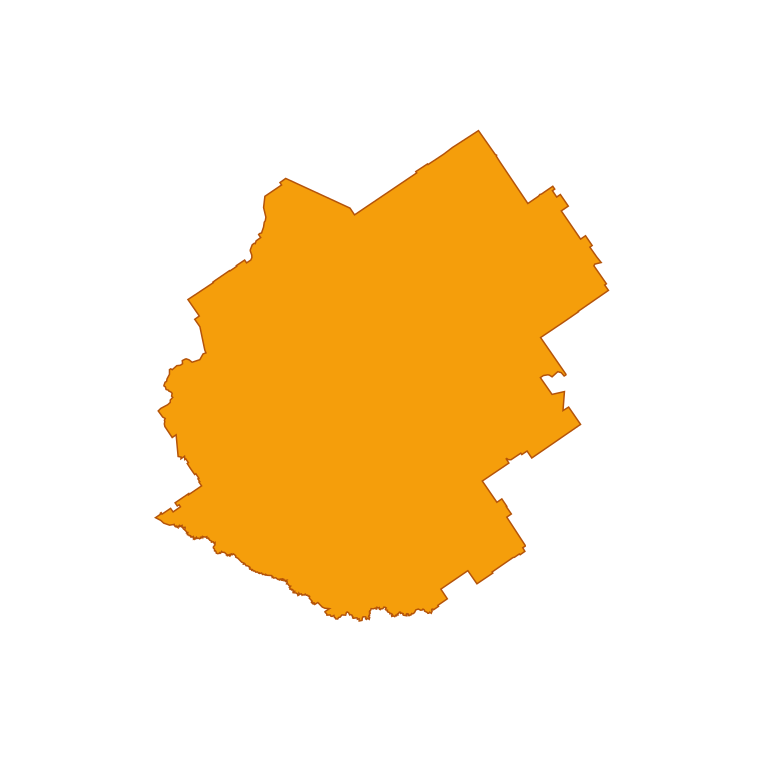 outline of Temora, New South Wales, Australia, rotated 137°
{"feature_id": "25037944B57482962875901", "entity_name": "Temora", "entity_type": "district", "adm_level": 2, "iso_a3": "AUS", "parent_name": "Australia", "parent_adm1": "New South Wales", "projection": "mercator", "projection_center": [147.72, -34.383], "detail": "fine", "context": "isolated", "style": "filled", "palette": "amber", "viewbox_px": 768, "rotation_deg": 137, "n_neighbors": 0, "source": "geoboundaries", "source_scale": "gbopen_adm2", "svg_char_len": 6171}
<svg xmlns="http://www.w3.org/2000/svg" viewBox="0 0 768 768"><g transform="rotate(137 384 384)"><path d="M141.8,331.6L140.1,343.7L137.3,343.3L135.5,355.0L141.4,355.9L136.3,389.7L127.9,388.4L125.8,402.3L130.2,403.0L129.0,410.5L126.2,410.1L125.7,413.5L139.6,415.6L140.6,416.3L143.0,416.0L155.7,417.9L147.8,467.1L146.5,474.1L145.6,474.5L146.1,476.2L142.1,504.9L172.6,510.3L183.7,511.4L202.2,514.5L202.1,515.3L215.9,517.7L216.1,516.1L290.2,527.8L288.9,535.8L315.7,601.4L322.7,602.3L323.2,599.4L343.1,602.5L351.7,595.2L356.6,586.6L359.4,584.4L361.2,584.0L365.1,580.9L370.5,578.0L372.5,578.9L373.8,578.8L374.3,575.2L379.9,575.9L382.4,574.5L382.9,575.4L385.4,575.7L390.1,573.4L391.0,572.6L392.8,568.4L394.5,566.5L396.9,565.5L401.9,566.3L401.4,569.7L411.3,571.3L411.5,570.5L419.7,571.8L419.7,572.3L436.2,574.8L439.6,575.2L439.7,574.5L469.8,579.5L472.7,559.7L478.3,560.4L479.6,551.4L491.9,531.1L493.0,528.2L495.8,529.4L502.1,527.4L509.5,530.8L510.1,534.7L511.5,537.3L512.4,537.8L515.6,538.7L517.5,536.2L520.2,536.6L523.0,538.7L529.1,538.9L529.6,540.5L531.1,540.8L534.3,537.4L539.2,535.7L541.3,534.2L542.9,534.6L546.0,533.0L546.3,532.3L545.8,531.1L547.1,528.6L545.9,526.5L546.2,525.6L545.3,523.5L545.3,521.7L547.6,520.0L547.6,518.3L551.3,518.0L552.9,516.3L556.4,516.4L563.9,518.4L567.5,518.3L568.4,510.8L567.5,508.0L569.3,507.3L570.0,506.0L571.9,504.6L573.3,502.3L575.4,489.3L570.7,488.6L584.0,471.4L582.2,469.0L583.5,467.8L579.2,467.2L581.2,464.6L580.0,464.4L580.7,459.9L582.1,460.1L583.2,454.2L584.2,446.9L582.8,446.7L583.7,441.3L584.8,441.5L585.3,438.3L586.2,438.5L586.9,433.9L602.4,436.3L601.7,437.1L617.8,439.6L618.4,435.8L616.2,435.4L616.6,433.0L625.5,434.3L624.9,438.6L635.0,440.2L634.7,441.9L635.7,442.0L635.8,441.1L642.3,442.1L640.3,436.5L640.0,432.5L637.1,427.0L633.2,424.4L633.8,423.6L633.9,422.0L632.9,422.0L633.2,421.1L632.6,419.3L631.7,420.4L631.1,419.8L630.0,420.2L629.8,419.7L630.5,419.0L629.7,418.8L629.6,418.0L628.6,418.5L628.1,418.3L629.1,417.2L629.4,415.3L628.3,415.8L627.2,414.8L628.5,413.7L629.3,413.7L629.2,410.3L629.9,409.8L628.9,409.1L629.8,408.6L629.5,407.9L630.1,408.5L630.5,407.9L629.7,406.4L629.9,405.9L629.0,405.1L629.9,403.4L629.0,404.0L628.9,403.0L627.5,402.5L629.1,400.5L628.0,400.3L628.3,399.5L627.6,399.4L627.1,400.0L626.8,399.2L625.7,399.8L625.8,398.4L624.5,397.4L624.6,396.7L623.1,396.1L622.6,396.9L622.1,396.2L621.0,396.4L621.3,395.2L620.4,395.7L619.0,393.8L617.7,393.2L618.7,392.1L617.5,391.0L618.0,390.4L617.7,389.8L618.0,388.6L617.3,386.6L618.0,386.0L616.4,384.8L616.9,383.3L615.8,383.2L617.4,381.6L619.9,381.2L620.6,380.5L620.5,379.1L621.7,377.5L621.1,377.1L621.2,376.0L622.0,374.7L621.4,373.4L619.9,372.4L619.2,372.7L618.9,371.7L617.0,372.3L617.0,371.3L615.5,369.6L615.3,366.9L615.8,366.4L615.2,365.9L616.1,364.9L614.7,365.4L614.1,363.2L613.2,363.5L613.3,364.6L611.3,363.7L611.9,363.1L611.5,362.6L609.9,362.3L609.6,359.6L610.5,358.6L609.7,356.2L609.6,350.7L608.6,348.6L609.6,348.1L608.4,347.3L608.8,345.1L607.9,344.3L607.1,341.8L607.8,341.4L607.4,340.8L608.4,340.2L607.5,339.0L607.8,338.1L606.8,337.9L607.1,336.4L606.1,335.5L606.1,333.8L604.7,332.7L604.7,331.2L604.0,330.9L604.2,330.3L602.4,329.2L602.8,327.6L602.1,327.3L600.9,325.0L600.3,325.4L600.0,323.9L596.8,320.5L597.6,318.9L596.2,318.9L597.1,318.5L597.1,317.4L595.3,316.1L594.9,313.5L593.8,312.7L594.2,312.0L593.3,311.5L592.4,311.8L591.9,311.2L592.6,310.2L592.1,309.6L591.0,310.5L590.4,309.3L591.2,308.3L589.4,307.1L590.6,307.1L590.5,306.2L589.5,305.9L590.2,304.7L591.5,304.3L590.7,303.2L591.0,301.0L590.2,299.8L592.0,299.7L591.9,298.8L592.7,298.1L591.5,296.9L592.0,296.4L591.2,295.9L591.1,295.3L591.7,294.5L590.9,293.5L592.5,293.8L592.8,293.4L590.8,291.1L590.4,289.6L591.2,288.0L589.9,287.7L588.9,288.9L588.9,287.6L587.6,286.9L588.0,285.4L587.2,285.3L586.3,284.1L584.9,284.1L585.0,282.6L583.9,281.6L584.1,280.5L583.2,279.7L583.4,279.1L584.7,278.4L584.7,274.1L585.9,274.0L586.0,271.9L585.5,271.1L584.9,272.1L584.3,271.4L584.9,270.0L581.4,269.3L581.3,263.0L580.2,260.4L577.1,256.9L582.4,257.8L582.8,257.0L582.6,255.2L583.4,253.9L580.9,251.8L581.2,250.4L580.5,249.4L578.5,248.9L579.5,247.0L579.0,246.4L579.5,245.1L578.1,243.7L576.5,244.2L575.1,243.4L572.3,243.8L569.7,241.1L567.4,242.5L566.4,242.4L565.9,240.8L566.6,238.5L565.6,238.1L565.1,236.7L565.6,235.9L565.4,235.2L566.4,234.4L566.3,233.7L563.4,231.6L563.2,231.0L563.9,230.1L562.3,229.3L563.8,227.6L561.3,226.1L559.3,227.7L558.0,228.0L556.2,226.2L556.5,225.4L557.6,224.9L557.4,223.8L555.7,223.7L555.3,222.0L553.6,223.1L553.9,224.3L553.0,224.9L552.4,224.6L551.5,225.8L550.6,225.7L550.0,226.5L550.2,227.2L549.1,227.8L548.6,227.4L546.6,228.5L545.3,227.0L542.9,225.8L543.3,224.8L542.8,224.4L541.4,225.5L540.8,224.0L539.9,223.7L541.0,222.3L540.5,221.5L540.0,221.9L538.1,220.5L536.2,220.9L535.3,219.7L535.1,218.7L536.6,218.4L536.7,217.4L535.8,216.2L536.6,215.6L536.7,214.7L535.7,212.9L536.4,211.8L535.3,211.2L535.0,209.8L536.2,209.7L536.8,208.7L535.4,208.1L534.8,206.5L532.8,206.8L532.8,205.9L531.6,206.2L531.2,205.7L530.9,206.6L529.7,206.3L528.3,206.7L527.6,205.9L528.3,204.9L527.3,204.4L526.6,203.0L527.5,202.4L527.4,201.6L525.4,198.9L524.9,199.3L524.7,200.5L523.9,200.5L523.1,199.4L523.9,197.8L523.2,197.2L522.3,197.3L521.9,196.7L520.3,197.3L519.8,196.3L517.7,196.0L514.7,197.1L512.4,196.0L511.5,193.6L510.1,192.6L509.0,192.8L508.6,191.5L509.2,190.2L508.2,187.5L508.3,186.4L507.6,185.8L506.2,186.0L505.8,184.1L503.5,185.2L503.3,186.2L502.6,186.6L501.7,186.0L501.7,185.1L495.8,184.2L495.6,185.4L484.2,183.7L482.3,195.2L450.0,190.3L452.3,174.5L433.4,171.5L433.2,172.8L408.0,169.1L406.8,168.3L400.9,167.4L400.9,166.3L395.1,165.5L394.2,169.6L391.3,169.1L390.8,169.7L385.0,202.9L379.5,202.1L378.2,210.9L377.6,210.8L376.2,219.6L382.1,220.5L378.3,246.0L346.6,241.0L345.7,245.9L345.0,245.8L344.7,243.9L342.8,242.0L331.1,240.1L331.3,238.4L325.1,237.4L326.4,229.1L267.8,220.4L264.7,241.2L271.2,242.5L257.2,255.4L268.2,261.8L265.3,282.0L261.7,281.5L257.9,279.0L257.0,277.7L256.2,274.6L248.5,274.5L246.6,271.4L246.8,267.0L244.8,266.6L244.3,267.0L237.8,311.2L209.6,306.7L192.5,304.2L192.4,304.7L156.0,299.4L155.1,305.9L153.0,305.6L149.9,327.3L148.0,327.9L142.3,324.7L141.8,331.6Z" fill="#f59e0b" stroke="#b45309" stroke-width="1.5"/></g></svg>